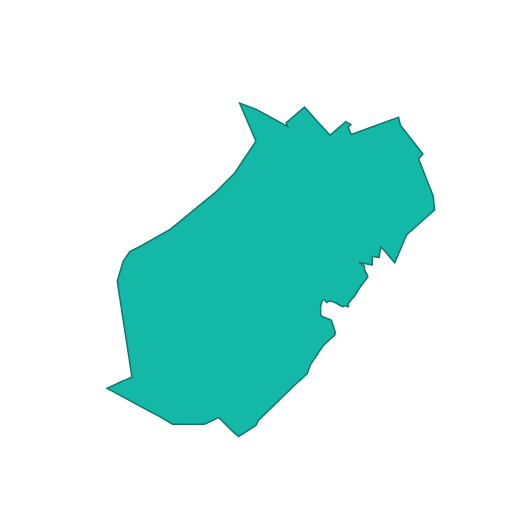 General Zaragoza, Nuevo León, Mexico, rotated 135°
{"feature_id": "50627088B50293210401626", "entity_name": "General Zaragoza", "entity_type": "district", "adm_level": 2, "iso_a3": "MEX", "parent_name": "Mexico", "parent_adm1": "Nuevo León", "projection": "mercator", "projection_center": [-99.779, 23.881], "detail": "fine", "context": "isolated", "style": "filled", "palette": "teal", "viewbox_px": 512, "rotation_deg": 135, "n_neighbors": 0, "source": "geoboundaries", "source_scale": "gbopen_adm2", "svg_char_len": 1903}
<svg xmlns="http://www.w3.org/2000/svg" viewBox="0 0 512 512"><g transform="rotate(135 256 256)"><path d="M314.0,340.0L330.6,344.6L342.1,348.4L354.1,346.0L371.8,336.4L387.0,315.8L408.4,286.6L429.3,258.2L435.2,260.4L439.9,262.4L447.5,265.1L454.9,267.8L447.9,244.4L447.8,244.0L444.6,233.2L444.2,232.0L444.2,231.9L444.1,231.7L444.0,231.2L440.5,219.6L437.8,211.2L434.0,196.1L414.9,176.9L411.1,173.3L405.1,171.2L396.6,168.2L396.6,163.3L396.6,148.0L395.9,140.6L375.8,136.3L375.3,136.4L370.3,138.1L368.9,138.0L319.6,137.4L311.2,136.9L307.2,136.8L303.0,136.6L293.7,140.9L287.7,141.9L279.4,143.6L271.8,145.1L262.7,144.8L256.5,144.3L254.3,145.6L252.7,148.1L250.3,152.9L248.1,157.5L248.9,159.4L250.6,163.2L251.7,165.8L252.2,168.3L246.1,174.6L240.0,177.9L238.7,176.8L239.0,173.1L237.0,172.8L234.4,170.3L233.3,167.5L232.6,166.1L231.9,163.0L231.6,161.5L230.3,158.5L228.5,158.4L227.3,155.7L226.2,154.8L224.6,157.0L215.9,158.1L215.9,157.7L214.4,158.0L205.7,160.1L191.6,162.2L190.1,165.7L189.6,168.3L186.3,172.8L187.7,178.6L180.2,167.5L173.9,173.4L172.3,171.0L170.1,167.9L161.6,174.0L161.3,170.5L162.1,160.8L162.2,159.9L162.7,153.1L160.3,154.0L159.5,154.4L158.9,154.6L135.0,164.3L133.8,164.3L133.7,164.3L133.3,164.4L123.0,163.8L122.9,163.8L97.1,162.3L88.3,173.1L81.9,187.8L81.5,188.7L72.3,209.7L65.9,210.1L64.9,217.8L61.4,246.3L60.1,248.4L58.6,250.9L57.1,253.3L57.4,253.4L57.9,253.6L58.3,253.8L59.0,254.1L60.7,254.9L62.5,255.8L102.7,274.6L99.7,282.0L96.0,281.8L97.5,287.5L117.4,289.0L118.3,289.0L117.9,295.4L117.6,305.2L117.3,310.5L116.7,320.2L116.4,327.0L140.4,328.9L142.1,325.4L142.2,325.9L142.3,326.0L147.2,342.7L147.3,343.2L148.0,345.4L148.1,345.9L152.2,359.6L159.5,375.7L174.4,338.3L174.9,337.2L188.1,334.6L192.9,333.7L213.1,329.7L215.8,329.7L224.9,329.7L238.4,329.6L254.2,331.2L279.4,333.7L297.8,335.5L310.3,339.0L310.9,339.2L314.0,340.0L314.0,340.0Z" fill="#14b8a6" stroke="#0f766e" stroke-width="1.5"/></g></svg>